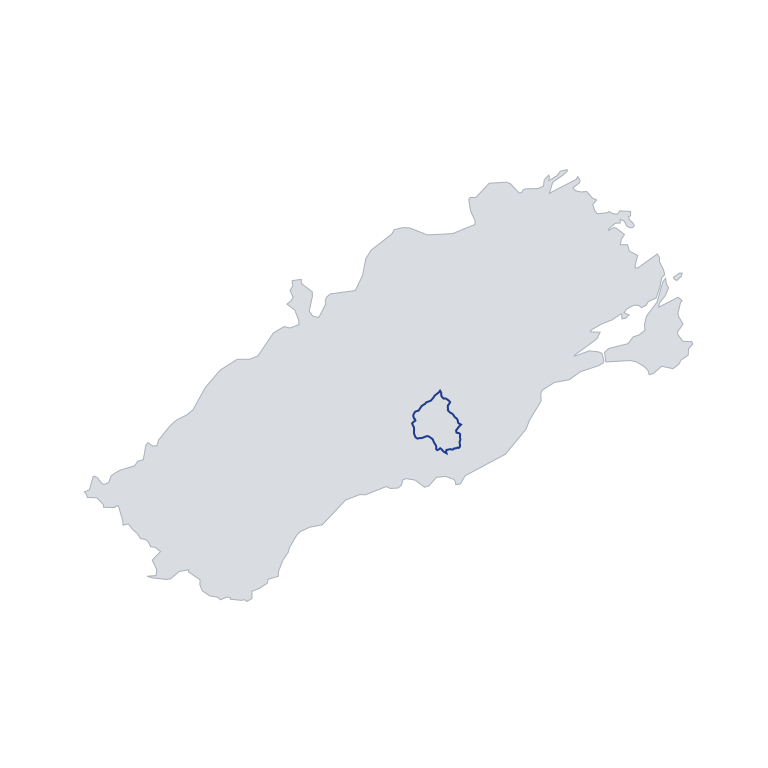 location of Çorum within Turkey, rotated 149°
{"feature_id": "TUR-2291", "entity_name": "Çorum", "entity_type": "Province", "adm_level": 1, "iso_a3": "TUR", "parent_name": "Turkey", "parent_adm1": "", "projection": "albers", "projection_center": [34.616, 40.609], "detail": "fine", "context": "in_parent", "style": "outline", "palette": "blue", "viewbox_px": 768, "rotation_deg": 149, "n_neighbors": 0, "source": "natural_earth", "source_scale": "10m", "svg_char_len": 5109}
<svg xmlns="http://www.w3.org/2000/svg" viewBox="0 0 768 768"><g transform="rotate(149 384 384)"><path d="M573.7,273.6L583.8,276.3L586.8,273.4L595.7,273.0L603.9,274.3L607.7,268.1L613.5,268.2L614.8,271.1L617.5,271.9L626.5,278.6L625.7,279.6L628.0,282.2L635.3,283.3L636.4,287.0L642.5,292.1L646.3,300.5L645.2,306.8L642.5,310.9L648.3,323.6L647.1,325.4L656.3,328.8L667.3,326.9L671.0,328.4L682.9,337.5L686.0,341.2L678.1,337.2L674.4,341.9L673.4,352.3L661.8,355.5L664.3,361.9L667.8,364.6L667.4,371.0L668.5,373.4L672.3,377.1L672.4,382.8L674.4,388.6L675.2,395.8L680.4,397.4L678.5,400.9L674.5,416.0L675.0,417.1L678.8,417.0L687.9,422.8L686.7,425.2L688.7,434.3L696.7,439.5L695.9,442.7L696.4,445.8L691.0,445.0L681.1,454.4L679.9,454.3L678.1,451.6L676.9,443.4L674.1,441.6L670.7,441.4L665.2,445.8L659.8,446.2L654.4,446.0L639.9,442.3L634.9,444.6L629.3,443.1L619.6,454.2L616.5,455.3L614.5,450.4L610.6,447.9L606.1,452.1L588.4,458.5L580.1,460.0L569.7,459.1L561.3,460.1L539.0,473.0L517.1,480.3L497.3,480.8L486.1,474.3L477.6,473.0L452.6,484.7L440.1,484.7L435.8,480.4L426.2,478.7L424.2,483.0L422.4,493.3L426.0,502.5L420.6,503.2L417.2,505.3L416.4,512.4L411.5,515.2L409.9,519.6L409.0,519.7L401.0,516.3L403.1,512.8L398.0,499.9L400.4,495.8L410.5,485.1L410.1,478.9L405.6,474.6L392.7,482.6L391.5,485.6L388.6,488.0L383.7,488.9L360.5,478.9L346.8,487.8L335.1,500.7L326.3,505.3L300.2,508.5L295.6,511.0L286.8,508.1L281.6,504.5L270.0,489.4L247.8,477.6L224.1,473.9L221.9,476.7L220.6,488.0L216.3,498.5L214.2,499.5L209.1,496.6L190.4,501.9L175.1,493.9L172.5,490.7L169.8,478.2L167.5,477.1L164.9,478.7L162.3,478.4L151.5,472.3L145.4,471.5L141.4,476.5L135.4,478.2L135.3,476.7L137.9,473.5L128.4,473.4L123.3,475.6L116.6,473.5L117.2,472.1L122.8,470.9L135.5,470.0L144.0,462.3L114.1,460.4L111.1,462.0L111.0,457.7L112.9,455.8L120.9,454.9L120.6,451.3L116.2,447.1L111.1,444.6L109.5,435.5L107.1,433.0L107.5,431.8L112.5,430.6L114.0,424.2L113.6,420.1L104.4,415.8L102.2,415.9L100.2,412.2L96.3,409.3L92.9,411.1L83.8,404.9L85.9,401.2L88.3,401.5L89.0,398.5L87.6,393.2L88.0,390.7L90.1,390.1L92.4,390.9L94.5,394.1L94.3,399.9L96.6,403.6L98.6,400.3L102.8,402.6L110.8,401.5L112.4,400.1L106.7,399.8L104.7,398.2L100.9,388.3L105.9,385.9L109.7,381.6L103.5,377.9L105.3,371.6L100.4,363.7L108.7,355.0L108.4,353.6L106.1,352.8L82.8,354.7L82.8,350.4L84.9,346.9L85.6,337.9L87.1,333.1L91.4,332.0L97.3,325.3L106.4,317.6L115.1,318.5L118.8,316.5L124.0,316.8L125.2,320.3L129.6,323.0L137.7,323.2L141.7,321.3L138.3,316.9L142.9,315.9L146.5,317.2L144.2,321.6L145.3,322.1L155.8,321.5L166.5,323.4L178.6,323.6L180.2,322.3L172.0,317.1L177.7,313.4L180.8,312.8L206.1,310.6L206.3,309.7L191.0,306.7L183.4,300.9L181.4,297.8L183.4,290.8L185.2,289.1L190.7,289.2L209.4,293.4L222.9,292.2L237.3,297.6L251.4,297.2L254.4,295.2L258.1,288.5L278.2,277.9L285.3,272.2L316.0,261.3L361.7,263.6L369.7,259.1L374.3,260.6L373.0,263.6L373.3,266.3L378.8,273.1L387.0,277.0L398.3,273.5L402.5,274.7L406.6,285.4L413.9,291.6L417.2,292.1L421.4,288.2L425.5,287.6L432.4,291.2L434.8,294.9L457.0,298.6L461.7,301.7L476.7,304.3L509.4,295.1L521.7,299.6L531.9,300.6L536.2,299.6L549.1,292.6L553.0,288.9L561.1,285.3L571.0,277.7L573.7,273.6ZM151.9,255.4L150.7,260.1L152.3,265.5L156.4,273.1L160.7,277.2L182.4,288.6L178.6,297.6L173.0,298.7L154.1,292.9L146.0,296.1L140.5,294.7L132.6,295.7L129.9,301.1L123.9,307.1L107.8,313.6L92.3,328.0L88.1,329.6L90.4,324.5L90.7,319.8L97.3,314.9L106.4,311.5L109.0,308.3L87.2,306.9L85.5,301.9L87.8,301.2L95.6,293.3L96.7,289.9L96.8,281.4L105.7,277.4L106.6,275.5L106.0,267.0L98.3,261.5L98.8,259.1L104.7,257.4L108.5,252.0L116.9,251.6L121.1,249.1L128.4,248.3L136.9,256.2L147.8,254.3L151.9,255.4ZM80.9,326.3L73.5,326.9L71.3,325.4L73.9,323.1L79.7,321.9L81.3,324.6L80.9,326.3Z" fill="#d9dde1" stroke="#a8b0b8" stroke-width="1"/><path d="M353.0,290.7L353.8,291.7L355.0,291.7L355.7,291.8L356.2,292.4L357.3,292.6L358.3,292.3L359.2,292.6L360.0,293.1L360.4,293.8L360.9,294.1L364.5,295.3L365.2,294.5L365.7,293.9L365.9,293.7L365.9,293.4L366.0,292.7L366.1,292.4L367.7,295.3L368.1,296.9L368.3,298.5L368.9,300.0L371.3,299.7L372.5,300.0L372.8,301.2L372.3,302.2L371.6,303.1L371.2,304.4L371.2,308.6L370.7,311.3L371.0,312.4L372.3,315.2L373.2,316.7L374.2,317.3L379.5,318.2L381.9,319.6L383.0,319.8L383.5,320.0L384.3,321.9L384.3,323.5L383.6,326.5L380.9,330.8L380.6,331.8L380.6,332.9L380.3,335.7L379.0,336.2L375.9,336.5L375.6,338.4L376.0,338.8L375.9,339.5L375.6,340.5L375.5,341.3L374.7,342.4L372.2,344.0L370.7,344.1L368.0,343.4L363.2,345.7L360.6,345.9L359.3,345.7L357.4,346.5L352.5,345.6L349.3,346.6L346.3,348.0L341.2,348.6L339.4,349.4L339.4,347.3L340.2,345.6L340.9,344.6L341.0,343.2L340.6,342.0L340.6,341.5L340.5,341.0L339.9,340.4L339.1,340.2L338.3,339.4L337.0,336.4L336.7,334.4L339.2,333.0L339.9,332.9L340.4,332.6L341.4,331.0L342.1,329.3L342.6,329.0L342.7,327.9L342.4,326.8L342.1,325.7L341.6,324.7L340.8,323.3L340.4,321.7L340.5,320.3L340.3,318.8L339.5,317.2L339.4,315.4L340.0,313.8L340.4,312.1L338.9,309.5L341.6,308.9L346.1,307.1L346.9,305.0L345.9,303.9L345.2,303.6L344.6,302.0L344.9,301.2L346.0,299.9L347.1,297.1L348.6,295.8L349.4,294.9L350.2,292.6L351.3,291.1L353.0,290.7Z" fill="none" stroke="#1e3a8a" stroke-width="2"/></g></svg>